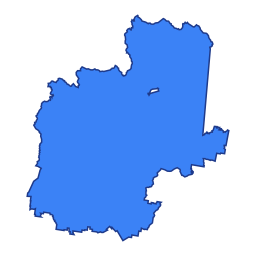 outline of Baw Baw, Victoria, Australia
{"feature_id": "25037944B5488167520198", "entity_name": "Baw Baw", "entity_type": "district", "adm_level": 2, "iso_a3": "AUS", "parent_name": "Australia", "parent_adm1": "Victoria", "projection": "albers", "projection_center": [146.104, -37.97], "detail": "fine", "context": "isolated", "style": "filled", "palette": "blue", "viewbox_px": 256, "rotation_deg": 0, "n_neighbors": 0, "source": "geoboundaries", "source_scale": "gbopen_adm2", "svg_char_len": 5735}
<svg xmlns="http://www.w3.org/2000/svg" viewBox="0 0 256 256"><path d="M41.5,107.5L41.3,108.3L39.3,110.5L38.3,112.9L37.5,113.5L37.4,114.9L36.1,115.8L36.2,116.5L37.3,117.9L37.4,119.0L36.3,120.5L36.1,121.9L34.7,122.4L35.1,123.9L34.4,124.2L33.8,125.2L35.8,128.7L38.1,130.2L39.5,131.8L39.3,132.4L41.0,134.1L40.7,136.2L41.6,139.2L41.6,142.3L39.8,144.2L40.1,145.0L39.4,145.9L39.8,147.9L39.4,148.3L40.0,150.2L39.5,150.3L39.3,151.2L39.9,152.4L39.2,153.2L39.5,154.5L38.9,155.8L39.0,156.9L38.7,157.2L39.2,157.9L39.3,159.7L38.9,160.6L37.2,161.7L37.6,163.3L35.8,165.8L38.0,166.4L41.2,168.3L40.1,170.2L38.0,178.1L33.7,181.3L28.8,192.0L27.7,193.1L27.2,196.3L31.0,196.5L30.4,200.8L30.8,200.8L30.0,205.9L30.5,205.8L30.0,209.6L31.5,208.9L34.2,209.3L35.4,208.7L34.6,214.4L35.4,214.5L35.2,216.1L41.0,216.9L40.5,216.5L40.5,215.5L41.2,214.3L40.6,213.3L43.4,213.7L43.7,212.2L49.9,213.1L50.2,214.6L51.0,214.4L52.6,215.1L53.1,216.0L52.6,216.4L53.5,217.9L53.3,218.3L53.6,219.3L54.4,220.5L54.8,220.5L54.6,221.3L55.9,222.5L56.1,223.5L56.8,224.4L56.1,229.3L64.0,230.5L64.1,229.7L67.2,230.1L67.4,228.0L69.1,228.2L69.0,231.7L70.2,231.8L69.9,234.0L74.0,234.6L72.8,232.5L73.1,232.2L73.0,231.0L81.7,232.2L82.0,230.1L84.7,230.5L84.8,229.8L87.3,230.1L87.8,226.8L90.2,227.1L89.9,229.0L92.4,229.4L92.1,231.3L96.8,231.9L97.8,232.8L100.7,231.8L101.2,232.4L103.0,232.5L107.5,230.1L106.4,229.3L109.7,226.4L111.7,228.7L112.0,227.4L115.7,231.5L117.1,230.7L122.9,240.6L128.7,237.1L131.5,237.5L131.9,235.0L138.0,236.0L138.8,231.1L140.9,231.4L141.4,228.2L144.3,229.5L144.7,229.2L147.3,229.6L147.8,228.0L148.6,227.4L149.5,225.2L152.4,222.9L153.2,217.3L153.9,216.9L154.6,215.4L153.7,213.2L156.1,210.4L157.5,209.8L158.3,208.7L158.4,207.8L160.3,205.9L160.7,204.9L160.0,203.9L160.1,203.3L161.2,202.3L157.1,201.6L156.9,202.4L155.8,203.4L155.9,203.8L153.5,203.4L153.6,202.9L151.3,202.5L151.1,203.9L147.9,203.3L148.3,200.7L144.2,200.0L144.5,198.0L145.6,197.2L145.8,196.4L146.8,195.2L145.9,194.6L146.0,191.1L146.4,190.9L145.8,188.0L147.1,187.3L148.9,187.4L149.6,186.7L150.6,186.9L151.5,186.5L152.3,184.8L153.4,184.0L152.9,181.2L152.5,180.5L153.4,178.9L153.3,178.1L154.4,177.2L156.8,176.3L157.7,175.1L157.2,172.9L160.5,169.9L161.1,168.6L164.9,169.8L167.3,171.1L169.8,171.3L171.3,171.1L174.4,168.9L177.2,167.7L180.0,169.4L180.3,170.5L180.0,171.3L181.8,175.3L182.5,175.3L184.8,176.9L187.3,176.0L188.4,175.1L192.0,174.3L193.0,173.1L193.2,171.8L192.4,170.9L191.8,171.4L192.5,171.5L192.8,172.5L191.6,172.7L191.7,172.2L191.2,171.9L191.6,171.2L191.5,168.8L191.3,168.2L190.9,168.4L191.6,164.7L204.0,166.8L204.2,165.6L203.6,165.3L204.0,162.9L203.5,162.0L203.7,159.5L203.3,158.6L205.1,158.6L206.1,159.3L208.0,159.4L210.2,160.3L210.3,160.0L212.5,160.2L215.1,161.2L216.7,153.3L220.3,153.9L220.7,153.1L224.6,153.7L225.3,149.4L224.1,148.5L224.7,147.1L224.1,145.8L224.2,145.3L226.0,145.6L228.8,130.6L227.5,130.0L226.9,131.0L225.2,131.8L225.1,132.2L224.3,131.8L223.4,132.3L223.1,130.7L221.9,129.8L221.3,128.7L220.6,128.6L221.0,129.6L220.8,130.1L219.1,129.8L219.5,129.4L219.2,129.0L219.6,127.5L218.8,127.6L217.7,126.8L217.0,128.1L216.4,127.5L216.6,127.0L216.2,126.5L214.4,126.4L213.3,129.8L212.6,130.8L211.9,130.9L212.2,132.1L211.0,132.2L209.8,132.8L209.4,133.5L208.9,133.0L208.3,133.6L207.3,133.4L207.3,132.3L206.8,132.2L206.8,132.8L204.9,133.5L204.7,134.5L202.8,135.3L210.3,48.8L209.8,47.6L210.0,47.0L210.8,47.0L212.3,45.8L212.0,44.9L212.9,44.1L212.2,42.0L211.0,41.7L210.5,40.0L209.8,39.4L208.7,37.4L208.5,35.8L207.2,34.0L206.3,33.3L203.2,32.9L200.4,29.5L200.1,28.0L198.8,26.0L197.3,25.5L196.5,24.8L194.3,26.9L193.3,26.9L188.4,23.7L187.4,22.4L186.5,23.3L185.4,22.9L185.1,22.4L184.2,23.8L183.0,23.6L182.7,24.0L182.8,26.0L182.5,27.6L181.1,29.4L179.1,29.7L178.5,28.8L177.7,29.2L176.3,28.4L174.3,28.0L173.2,26.3L171.3,25.1L171.1,23.7L170.1,23.5L168.6,21.2L166.4,21.0L164.7,19.3L163.3,18.6L158.2,22.6L155.3,23.0L153.6,24.1L152.2,24.2L151.0,24.0L150.1,23.1L148.2,23.3L148.1,23.6L145.8,22.2L141.9,21.0L141.4,19.8L139.4,17.8L138.0,17.1L138.0,15.8L137.7,15.4L135.3,16.8L134.6,17.9L134.2,19.3L133.8,19.4L134.3,20.9L133.5,21.0L132.0,19.9L131.8,21.0L131.3,21.4L132.1,23.5L131.9,24.1L132.8,26.1L132.7,27.8L131.4,27.6L131.2,29.9L130.6,29.8L129.5,28.4L127.9,29.1L126.8,30.5L127.3,31.8L124.9,33.8L124.6,35.0L125.3,36.6L125.6,39.7L125.2,40.9L125.2,43.3L127.1,44.8L127.6,47.5L126.2,49.3L126.0,50.6L126.9,51.8L126.6,52.9L127.8,52.8L128.7,54.2L129.4,54.4L130.0,55.2L129.7,55.8L130.1,57.2L131.3,58.8L131.5,61.2L132.1,61.7L132.3,63.7L131.6,64.7L131.1,67.5L131.3,67.9L130.8,68.8L129.8,69.8L127.5,70.8L127.4,71.7L126.4,72.5L126.4,73.9L125.5,75.4L124.3,75.8L123.8,75.4L123.5,75.9L122.7,75.5L121.6,73.8L121.7,72.5L119.8,71.4L118.6,69.7L118.5,68.2L117.8,67.9L116.9,66.4L115.3,65.5L114.3,67.7L113.5,68.3L112.1,68.2L111.7,68.9L110.6,69.4L110.5,69.9L103.8,71.5L102.6,71.2L99.9,71.6L99.4,70.7L97.9,69.9L95.8,69.8L94.9,68.9L92.8,69.9L90.8,69.9L88.2,68.8L86.7,69.1L82.1,66.9L80.5,68.9L80.6,70.7L77.6,70.7L76.2,72.4L76.3,74.9L78.8,78.5L77.4,81.4L77.5,82.2L79.4,84.7L79.3,85.1L78.3,85.5L78.2,87.5L75.6,86.5L73.4,83.7L71.9,85.1L71.5,86.1L70.6,86.3L68.1,84.3L67.3,84.3L65.9,82.3L65.1,82.1L64.6,80.9L64.4,81.1L63.7,80.7L62.4,79.2L59.6,78.3L58.3,78.6L58.1,80.2L56.5,81.5L56.1,82.5L53.9,81.9L52.8,81.1L51.6,81.2L50.3,83.0L48.2,83.4L48.5,84.7L48.0,86.6L50.3,86.5L50.4,87.5L51.3,87.5L51.4,89.2L52.0,89.4L52.0,90.4L50.4,93.2L50.5,93.9L52.0,95.1L53.0,94.6L53.4,95.7L52.0,96.6L51.9,97.6L51.3,96.8L50.2,96.5L49.8,97.3L50.6,99.4L50.4,100.2L49.7,99.9L49.0,100.2L47.8,101.4L46.0,101.7L44.5,101.2L42.5,102.4L41.5,103.9L41.6,105.1L41.0,106.5L41.5,107.5ZM148.0,92.7L148.9,94.8L150.7,90.2L152.3,89.2L157.0,88.7L157.4,88.1L158.5,88.5L158.3,89.7L158.7,91.0L150.1,93.5L149.1,95.1L148.1,94.0L148.0,92.7Z" fill="#3b82f6" stroke="#1e3a8a" stroke-width="1.5"/></svg>